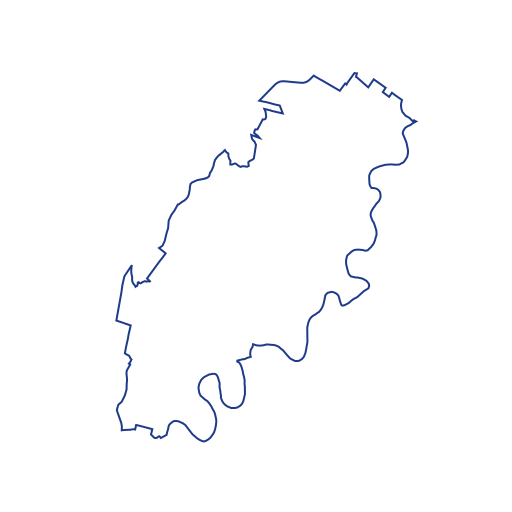 the district of Culciu, Satu Mare, Romania, rotated 104°
{"feature_id": "2599482B46211160445455", "entity_name": "Culciu", "entity_type": "district", "adm_level": 2, "iso_a3": "ROU", "parent_name": "Romania", "parent_adm1": "Satu Mare", "projection": "equal_earth", "projection_center": [23.072, 47.736], "detail": "fine", "context": "isolated", "style": "outline", "palette": "blue", "viewbox_px": 512, "rotation_deg": 104, "n_neighbors": 0, "source": "geoboundaries", "source_scale": "gbopen_adm2", "svg_char_len": 6111}
<svg xmlns="http://www.w3.org/2000/svg" viewBox="0 0 512 512"><g transform="rotate(104 256 256)"><path d="M308.1,378.8L316.7,378.6L323.8,377.8L352.4,375.9L353.7,360.8L363.8,360.6L366.7,360.3L375.1,360.1L382.2,359.7L382.4,358.7L382.7,358.3L383.4,355.3L384.4,354.0L385.7,353.1L386.5,351.8L389.1,352.3L390.6,352.9L391.1,353.3L391.4,352.9L391.7,351.8L391.9,351.8L396.6,353.2L398.4,353.6L399.6,353.6L402.2,353.0L405.1,351.9L407.9,351.0L410.5,350.7L416.9,349.3L419.7,349.4L422.9,349.5L429.3,350.9L430.4,351.3L433.3,353.4L433.9,353.6L438.2,353.8L438.9,353.6L439.4,353.7L450.8,346.2L453.9,344.9L457.6,344.1L456.5,341.2L455.1,336.3L454.0,333.8L453.7,332.6L453.6,331.3L449.0,331.4L448.9,328.8L449.1,314.7L454.6,314.7L456.7,311.2L457.0,310.3L456.9,309.4L456.5,308.4L454.3,306.4L454.3,306.2L454.6,305.6L455.0,305.0L455.6,304.3L451.2,299.5L448.1,299.6L445.3,299.4L442.3,299.6L440.8,299.3L439.3,298.5L436.9,296.7L436.1,295.7L435.6,294.5L435.2,292.0L435.2,291.1L435.6,288.8L435.8,288.0L435.8,287.1L437.1,283.7L444.3,274.6L447.2,268.9L448.2,265.7L448.5,263.7L448.6,262.0L448.1,260.8L447.2,259.6L445.4,257.8L443.8,256.6L441.9,255.7L439.6,254.8L439.3,254.6L437.0,254.0L434.0,253.8L430.3,253.9L426.5,254.4L424.2,255.1L418.9,257.7L416.3,259.7L415.2,260.9L413.0,262.7L410.5,265.4L408.6,268.0L407.5,271.0L404.9,276.0L402.4,278.0L398.9,279.5L397.4,280.0L395.4,280.1L393.5,280.1L389.5,279.2L387.9,278.3L385.9,276.9L382.3,272.8L381.8,271.5L381.0,270.1L380.6,268.6L380.3,267.4L380.6,266.1L381.3,265.0L382.8,263.7L387.7,260.8L389.4,260.2L391.2,259.9L393.3,259.1L395.1,258.2L398.1,257.1L399.9,256.2L401.9,255.8L404.6,254.0L406.5,252.1L407.6,250.4L408.8,247.7L409.5,243.2L408.5,239.4L407.4,237.4L405.1,235.1L402.6,233.7L399.9,233.2L392.7,233.3L385.1,235.3L382.8,236.2L379.8,236.8L376.3,238.3L373.6,239.9L371.2,240.9L367.0,243.3L365.3,244.6L363.7,246.2L363.2,247.4L363.0,248.6L362.0,248.8L359.1,243.3L359.1,242.7L359.0,242.4L358.5,241.7L357.3,240.4L355.1,236.7L352.8,237.9L351.4,238.1L349.0,238.4L347.5,238.2L345.2,237.4L342.3,237.5L342.6,233.8L341.9,230.0L340.7,226.9L339.2,224.2L338.0,216.9L338.1,214.3L338.7,211.5L340.0,209.4L340.8,207.2L344.7,201.8L347.1,198.2L347.9,195.2L348.4,192.7L347.8,190.1L347.0,188.5L344.7,186.4L343.0,185.5L341.1,184.9L340.4,185.0L338.6,184.6L335.2,184.7L327.0,185.3L312.9,189.0L307.6,189.1L304.8,188.7L302.0,187.6L300.1,186.1L298.1,184.0L296.5,182.8L295.0,181.3L292.7,180.2L290.2,179.4L286.9,178.9L284.1,178.9L277.3,179.2L275.6,178.4L274.3,177.4L272.6,174.3L272.4,172.9L272.5,171.4L272.7,170.1L273.2,168.5L274.4,166.6L275.6,165.7L279.2,163.7L282.4,161.7L283.1,160.9L283.2,160.0L282.7,158.8L282.1,157.9L279.1,154.6L276.6,152.9L274.8,151.5L273.4,150.1L272.3,148.8L271.1,147.6L263.9,142.8L260.9,139.8L259.9,139.0L257.6,139.0L256.0,139.5L254.7,141.0L253.3,143.0L252.6,145.5L252.1,147.9L252.3,150.3L252.2,151.3L252.8,155.0L252.8,159.0L252.0,160.3L250.9,161.7L249.5,162.6L246.1,164.5L242.0,166.6L239.5,167.3L237.9,167.6L234.7,167.7L233.3,167.5L228.7,164.4L227.5,163.3L226.4,162.0L225.5,159.9L224.8,156.9L224.4,154.2L224.4,150.9L223.4,149.0L221.4,147.8L219.7,146.6L217.4,145.6L215.3,144.8L211.6,144.3L210.0,144.4L207.5,144.2L205.9,144.2L203.4,145.0L201.8,145.6L195.5,149.5L193.8,151.3L190.4,153.8L188.6,154.7L186.6,155.0L184.6,154.8L181.4,153.9L177.8,152.4L176.5,152.0L172.9,150.0L170.3,149.5L168.9,149.4L167.1,149.8L164.0,151.1L162.2,153.4L161.5,155.6L161.6,158.2L162.1,160.4L160.7,161.9L158.9,163.2L153.2,165.0L150.6,165.6L148.5,165.4L145.1,164.4L142.8,162.6L140.4,159.6L139.0,157.6L136.3,152.7L135.3,150.0L134.4,146.9L133.7,142.7L132.8,139.7L132.3,138.7L131.2,137.7L130.1,136.2L129.0,135.3L127.0,134.5L123.3,133.3L119.9,133.4L117.9,133.7L115.5,134.6L110.1,137.2L108.9,137.9L101.6,143.3L99.6,143.4L97.6,143.0L95.6,142.2L93.5,140.4L91.5,137.8L90.1,136.7L88.7,135.4L86.7,133.2L86.1,135.6L87.3,136.6L85.0,140.3L84.2,142.9L83.8,144.7L80.9,148.7L79.3,149.8L78.1,150.5L75.2,151.7L72.5,152.1L69.3,152.1L66.1,160.4L64.7,163.6L69.4,165.3L66.3,172.6L61.4,170.9L56.1,184.5L65.2,187.9L58.1,201.6L58.0,202.3L54.4,202.3L54.6,203.0L54.6,204.2L54.7,204.7L55.0,204.9L65.7,209.1L67.7,209.6L67.3,210.2L67.0,211.2L75.4,214.7L69.7,234.2L69.5,235.1L67.9,240.9L67.1,243.4L67.0,243.6L72.1,246.7L73.0,247.4L74.5,248.7L76.2,251.3L76.8,253.1L78.0,260.2L79.6,270.9L80.1,272.8L81.0,274.9L81.8,276.0L83.4,277.7L84.9,278.9L104.5,290.4L104.4,286.4L104.2,282.7L104.4,273.3L104.2,269.4L111.2,264.5L111.4,276.0L111.2,277.0L111.3,283.5L113.6,281.7L114.7,281.2L118.4,279.8L120.3,279.9L120.9,280.2L121.6,281.3L121.8,281.9L121.8,282.5L132.7,285.2L132.9,285.3L133.2,286.9L133.3,287.3L133.6,287.5L136.3,287.7L136.9,287.6L137.3,287.2L139.0,283.3L140.6,281.1L139.7,289.9L143.2,288.2L144.5,286.8L145.3,285.2L148.2,282.9L161.5,281.7L162.5,282.0L163.0,282.4L165.7,285.4L166.7,286.1L167.0,286.1L169.0,285.4L170.3,284.8L171.4,286.0L171.6,286.5L171.7,288.1L172.0,290.4L172.3,291.1L173.2,292.4L173.3,292.8L172.7,294.8L171.4,297.6L171.3,298.1L171.5,299.1L171.8,299.7L172.9,301.1L173.3,301.9L173.4,303.1L169.6,303.9L168.9,304.8L167.7,305.8L165.9,306.9L163.2,307.7L162.7,309.3L162.0,310.5L160.8,311.7L161.0,311.8L161.2,312.2L162.8,312.9L166.0,315.4L166.8,315.8L167.3,316.5L170.3,318.0L172.8,319.0L176.5,319.2L179.2,319.0L184.1,319.8L186.4,320.7L190.0,320.8L191.6,322.0L192.2,322.7L192.8,323.9L193.1,323.9L196.6,331.3L199.6,335.2L200.3,336.0L202.1,337.0L202.7,336.9L204.6,336.9L207.8,336.3L209.7,336.3L211.7,336.1L213.8,336.2L215.2,336.5L217.3,337.4L219.6,339.0L221.5,341.0L224.7,343.5L224.9,343.9L224.9,344.3L231.7,346.1L234.8,347.4L237.0,348.2L242.5,349.2L243.3,349.2L250.3,348.0L255.5,348.3L263.2,348.2L268.3,349.1L269.3,349.8L271.7,352.0L275.3,344.3L280.2,346.3L284.8,348.4L304.2,356.3L306.2,352.8L306.5,353.0L306.4,353.8L306.7,354.7L307.3,355.9L307.4,356.3L307.2,356.9L307.3,357.7L308.6,359.6L309.0,360.1L309.8,360.6L310.5,361.5L310.4,362.8L309.9,363.3L309.8,363.5L309.9,363.9L310.6,364.3L310.9,364.3L311.6,363.9L313.6,364.1L314.0,364.3L314.2,364.9L315.0,365.5L313.9,366.4L311.9,369.0L310.6,369.8L310.2,369.9L309.5,370.4L306.5,371.0L303.5,372.5L301.7,373.2L297.3,374.1L294.9,374.2L306.9,378.6L308.1,378.8Z" fill="none" stroke="#1e3a8a" stroke-width="2"/></g></svg>